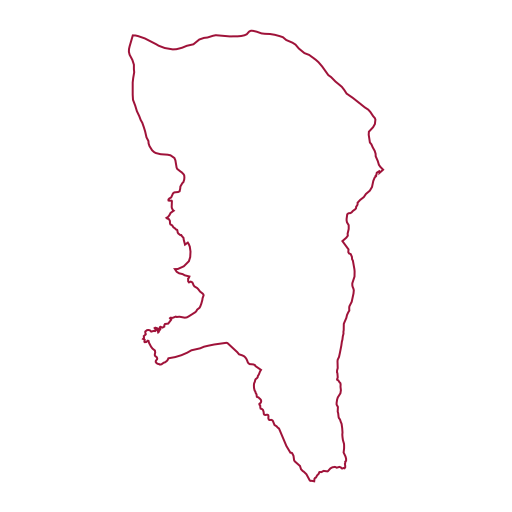 the district of Gonzalez, Cesar, Colombia
{"feature_id": "7082276B53963329065475", "entity_name": "Gonzalez", "entity_type": "district", "adm_level": 2, "iso_a3": "COL", "parent_name": "Colombia", "parent_adm1": "Cesar", "projection": "orthographic", "projection_center": [-73.381, 8.394], "detail": "fine", "context": "isolated", "style": "outline", "palette": "rose", "viewbox_px": 512, "rotation_deg": 0, "n_neighbors": 0, "source": "geoboundaries", "source_scale": "gbopen_adm2", "svg_char_len": 6053}
<svg xmlns="http://www.w3.org/2000/svg" viewBox="0 0 512 512"><path d="M352.9,260.7L352.1,259.2L351.9,256.8L350.7,254.1L349.0,253.4L348.3,252.1L348.5,249.4L342.4,241.1L346.3,237.7L347.8,235.7L347.6,233.7L348.7,229.0L348.7,225.6L348.6,225.0L347.0,222.4L346.6,220.5L346.6,218.9L347.2,214.5L347.5,214.0L348.2,213.5L348.9,213.2L350.4,213.1L351.7,212.3L352.7,211.1L355.3,209.2L356.0,208.3L356.2,206.6L357.1,205.5L357.6,204.2L357.6,202.7L360.2,199.9L363.8,197.1L365.9,194.0L369.8,190.7L372.0,187.0L373.3,180.9L374.7,177.5L376.0,176.2L375.7,175.7L376.3,175.1L376.8,172.7L379.2,171.2L379.6,171.9L379.5,172.9L383.1,169.7L380.3,166.8L378.9,164.8L377.8,161.1L375.7,156.3L375.6,153.8L374.7,150.9L372.7,147.3L371.4,144.3L369.9,142.5L368.7,134.7L368.9,131.7L373.1,127.2L374.9,124.0L375.4,119.7L374.9,118.2L373.1,116.1L370.3,111.9L368.2,109.6L364.8,107.4L353.1,98.1L346.6,93.6L344.2,89.9L341.8,86.8L335.4,81.5L331.1,77.1L328.3,75.1L322.1,66.4L318.4,62.1L315.8,59.8L309.1,54.9L304.4,53.1L298.8,48.5L295.5,44.6L292.5,42.7L286.2,40.0L282.9,37.2L279.6,36.1L274.8,34.8L270.0,34.0L264.9,33.8L261.5,33.4L256.7,31.7L253.3,30.9L251.5,30.7L250.4,30.9L249.0,31.7L246.7,34.3L244.4,35.3L241.2,36.0L238.0,36.3L229.6,36.4L215.8,35.2L212.9,35.8L207.5,37.5L204.0,37.9L199.3,39.5L193.4,44.3L186.8,45.8L182.2,47.7L179.6,48.4L176.4,49.2L172.8,49.4L164.7,48.0L158.6,45.7L156.3,44.3L144.8,38.4L138.1,36.1L135.5,35.5L132.8,35.4L129.6,46.4L129.0,49.0L128.9,51.8L129.6,54.7L132.4,60.0L133.9,64.7L133.9,69.2L134.2,72.2L133.2,78.1L132.7,82.4L132.7,94.8L133.0,99.8L135.2,105.6L136.9,111.2L139.2,116.0L140.7,120.0L142.3,122.8L143.9,127.4L145.1,131.3L146.5,137.4L148.4,141.0L148.6,143.5L149.5,146.1L152.1,150.3L154.1,152.1L155.7,153.0L160.5,154.2L167.6,154.7L170.5,155.3L174.4,158.0L175.4,160.4L176.6,167.6L177.2,168.9L180.6,171.6L181.7,172.3L183.7,174.4L184.2,175.4L184.4,177.4L184.2,179.6L183.4,182.1L182.3,183.2L180.4,186.5L180.2,188.6L179.6,191.3L178.2,192.0L174.3,192.4L173.0,193.4L171.2,197.4L169.3,198.5L168.5,199.4L168.4,199.9L168.5,200.5L169.1,200.7L171.6,200.7L171.9,201.1L171.7,206.7L171.8,207.8L172.8,210.0L173.7,210.7L170.6,212.9L169.4,215.2L168.1,216.9L166.5,217.9L167.3,218.6L168.7,219.0L169.1,219.4L169.9,221.0L170.0,223.3L170.4,224.4L172.2,225.4L173.4,227.3L175.0,228.4L176.0,229.5L177.0,229.8L177.3,230.2L177.7,232.5L178.3,233.5L180.2,235.0L180.8,235.2L181.3,235.1L181.8,236.0L183.5,237.9L183.7,239.6L185.0,244.6L187.8,242.6L188.8,244.2L189.8,246.7L190.5,251.6L190.2,257.1L188.9,261.2L183.8,266.3L177.8,269.0L174.9,269.1L176.7,271.8L179.1,273.3L182.6,274.1L184.7,275.3L189.4,276.5L188.9,277.8L188.1,278.6L188.2,281.4L189.0,282.4L190.7,281.6L192.3,282.4L192.9,283.5L193.4,284.9L194.4,286.4L197.1,288.0L198.2,289.1L200.1,291.6L202.7,293.6L203.4,294.5L203.6,295.3L202.6,298.1L202.3,300.1L201.3,303.7L200.2,306.6L199.5,307.8L197.2,309.6L196.2,311.3L195.3,312.2L188.5,316.5L186.8,317.4L184.8,317.7L179.4,316.7L176.7,317.0L175.8,316.6L172.5,317.9L170.6,317.7L170.0,318.2L171.2,319.7L168.2,323.6L165.0,324.0L164.3,325.2L164.3,326.6L162.5,327.6L160.4,326.8L159.9,327.2L159.8,327.9L160.4,329.0L159.0,331.1L158.6,332.1L158.2,332.4L157.9,331.2L158.3,328.8L157.0,328.2L155.3,327.7L154.6,328.1L154.9,328.7L156.5,329.8L155.1,331.1L153.8,330.9L151.2,331.6L150.0,330.4L148.7,330.0L147.1,330.1L145.3,331.5L145.3,333.0L145.7,333.8L145.7,334.4L143.8,336.1L144.0,337.9L143.1,338.9L144.3,339.4L144.7,339.8L144.4,341.7L144.6,342.1L145.4,342.1L146.3,342.0L147.7,340.7L148.5,340.9L149.0,342.8L151.0,346.6L152.5,348.6L154.9,350.5L155.2,352.5L154.8,354.3L154.9,355.6L155.2,356.0L156.8,357.3L157.2,358.4L157.1,359.2L155.9,360.7L155.7,361.9L156.6,363.2L158.2,364.0L159.4,364.2L159.9,364.6L161.5,364.3L163.7,362.7L164.9,362.4L166.8,361.0L167.7,359.9L168.4,358.3L175.1,357.1L181.4,355.2L187.2,352.7L191.4,350.3L200.2,348.3L204.0,346.7L208.3,345.7L214.2,344.5L226.4,342.8L227.5,343.1L237.3,352.2L239.0,354.3L242.1,355.3L244.0,356.2L245.2,357.3L246.2,358.6L247.1,360.4L247.7,362.1L248.4,363.2L249.6,364.1L253.2,364.4L254.8,365.0L255.5,366.1L261.0,369.9L260.1,371.3L258.8,374.6L257.9,375.9L257.6,377.4L256.9,378.2L255.6,379.2L255.3,379.8L254.8,381.8L254.1,383.4L253.9,385.1L254.0,387.8L254.6,390.5L255.3,391.5L255.7,393.0L256.5,394.3L256.8,396.7L257.2,397.1L258.0,397.2L258.6,397.5L259.4,398.4L260.2,399.0L261.0,400.1L261.2,401.2L260.9,402.4L260.4,403.1L259.7,403.5L259.3,404.0L259.5,404.8L260.2,405.4L260.3,407.4L260.6,408.6L262.2,409.2L263.0,410.0L263.6,411.9L263.8,413.9L264.2,414.6L265.2,415.0L267.2,414.7L268.2,415.1L268.5,416.3L268.3,418.1L268.8,419.6L269.5,420.0L271.5,419.9L272.4,420.4L272.9,421.0L274.5,425.0L276.6,426.3L277.7,427.6L279.0,428.5L286.4,446.0L290.4,452.7L291.6,452.8L292.0,453.0L292.9,454.6L293.5,455.9L294.1,460.2L294.7,461.3L300.0,466.0L301.0,469.2L302.8,471.1L303.7,471.6L306.4,474.2L309.8,480.5L310.7,480.9L311.7,480.8L314.2,481.3L314.5,478.7L315.1,477.9L316.0,477.5L317.1,475.4L318.7,473.8L319.3,472.2L319.7,472.0L321.4,472.1L323.6,470.9L327.5,471.4L327.9,471.2L330.4,468.4L332.4,467.3L333.8,467.1L334.7,466.9L335.6,467.1L336.7,467.7L339.4,466.9L340.8,467.4L341.7,468.4L342.3,468.5L343.5,468.0L344.5,468.3L345.2,467.3L345.2,465.8L344.9,463.8L345.3,462.8L345.2,461.7L346.1,460.8L346.1,458.8L345.5,456.5L343.6,452.5L344.1,448.3L344.1,445.4L344.0,443.8L342.9,440.0L342.5,437.1L342.3,434.7L342.5,432.5L342.2,428.3L341.6,423.9L340.7,421.7L340.1,419.8L339.6,418.9L339.0,418.2L338.6,417.1L338.2,413.4L337.7,411.6L337.9,407.1L337.7,406.4L337.2,405.8L336.6,404.5L336.6,402.9L337.1,399.6L337.8,397.4L340.4,393.3L340.9,390.2L340.5,386.8L340.6,384.5L340.4,383.2L339.4,382.1L338.3,380.4L337.1,379.7L337.1,379.2L337.7,377.6L337.7,376.9L337.4,373.2L337.0,372.3L337.1,370.3L337.7,368.1L337.5,361.2L337.7,359.7L339.0,357.0L339.9,352.9L341.3,345.7L341.9,341.5L342.4,339.7L342.8,336.4L343.5,333.6L343.4,331.9L343.7,330.1L343.8,323.9L344.3,322.6L346.3,318.0L347.0,315.0L348.2,312.4L349.3,310.6L349.2,307.8L349.4,306.3L351.7,301.8L353.5,293.5L353.8,290.3L353.4,288.6L352.6,286.7L352.3,285.2L352.3,283.3L354.5,276.6L354.6,271.4L354.4,269.2L352.9,260.7Z" fill="none" stroke="#9f1239" stroke-width="2"/></svg>